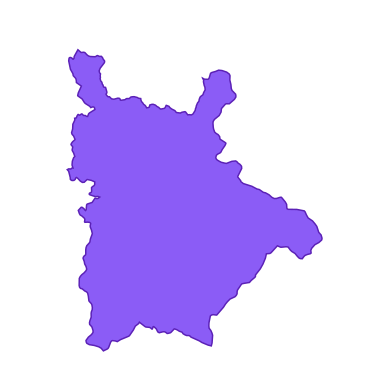 Quang Binh, Hà Giang, Vietnam, rotated 173°
{"feature_id": "81297802B33189914091729", "entity_name": "Quang Binh", "entity_type": "district", "adm_level": 2, "iso_a3": "VNM", "parent_name": "Vietnam", "parent_adm1": "Hà Giang", "projection": "robinson", "projection_center": [104.681, 22.384], "detail": "fine", "context": "isolated", "style": "filled", "palette": "violet", "viewbox_px": 384, "rotation_deg": 173, "n_neighbors": 0, "source": "geoboundaries", "source_scale": "gbopen_adm2", "svg_char_len": 6036}
<svg xmlns="http://www.w3.org/2000/svg" viewBox="0 0 384 384"><g transform="rotate(173 192 192)"><path d="M314.8,54.6L312.5,53.0L307.7,51.6L303.4,49.7L301.2,48.0L299.3,45.1L295.2,46.5L294.4,47.0L293.6,48.0L291.1,52.8L290.0,54.0L289.0,54.2L286.2,53.5L284.4,52.6L280.9,54.2L272.3,56.6L271.5,57.1L267.0,62.2L264.6,65.8L261.0,67.9L260.1,69.2L255.1,64.2L254.2,63.6L250.6,62.8L249.4,61.9L248.6,60.9L248.0,60.9L247.0,63.0L246.7,63.1L246.2,62.9L244.2,60.6L243.0,57.3L241.7,56.3L237.7,56.8L236.3,56.6L235.3,56.0L233.9,54.6L232.8,54.6L230.6,54.9L229.9,55.3L226.3,58.3L224.8,57.7L223.3,56.8L221.5,55.3L219.0,54.1L218.1,52.4L216.3,51.0L214.8,50.2L212.5,49.9L211.8,49.5L210.7,48.1L202.8,43.3L200.5,41.4L194.7,38.1L191.6,36.9L190.5,39.7L189.0,47.3L189.4,49.7L190.2,52.3L191.6,54.7L191.6,57.0L191.1,60.1L188.9,66.7L187.7,67.5L186.0,67.7L182.9,66.9L182.4,66.9L174.8,73.8L172.4,76.7L170.2,78.8L167.3,81.1L162.1,82.8L161.1,83.6L160.1,84.7L159.6,85.8L159.4,87.5L158.8,89.1L154.3,94.3L153.5,94.8L151.3,95.0L146.0,95.2L144.0,97.0L139.9,99.7L139.3,100.5L139.1,101.9L133.6,107.4L130.3,111.9L127.2,117.4L125.7,121.6L122.2,121.5L120.9,122.1L113.8,128.2L111.0,126.5L110.0,126.3L105.4,126.2L104.4,126.0L103.3,125.6L101.5,122.4L100.2,120.8L97.2,118.4L95.2,115.2L93.8,113.4L92.7,112.7L90.7,112.3L88.7,114.4L87.5,115.3L84.8,116.0L82.1,116.3L81.2,116.9L81.2,119.5L80.1,121.5L76.5,124.7L72.2,126.4L69.2,128.5L68.7,129.6L68.6,130.5L69.1,133.6L71.1,136.5L72.3,142.6L73.8,145.4L75.9,148.6L79.9,152.1L81.2,155.3L82.2,158.6L82.9,159.6L90.0,161.9L98.7,163.1L99.7,163.8L99.8,164.9L99.6,168.2L100.6,170.7L103.5,175.3L104.2,176.0L105.8,175.9L108.7,175.3L111.2,175.5L113.4,177.0L115.9,179.9L119.1,182.2L121.3,183.0L124.8,186.2L127.2,187.1L131.9,190.4L140.0,194.1L142.3,196.4L142.3,197.3L144.7,201.2L144.7,201.9L139.8,209.3L139.7,211.4L140.0,212.1L141.1,213.7L142.7,215.0L143.4,216.2L144.8,217.5L148.7,217.6L154.3,216.2L155.8,216.6L159.5,218.0L162.9,220.5L163.9,221.8L164.2,223.3L163.3,225.5L162.0,226.4L159.3,227.4L158.5,228.0L156.9,230.4L153.7,234.0L152.5,235.9L152.5,236.5L153.4,237.4L157.6,240.9L157.8,241.8L157.8,243.6L159.1,245.8L160.9,247.2L162.2,248.7L162.9,251.8L163.0,253.9L162.8,257.7L162.4,259.4L160.9,261.3L155.7,264.6L153.4,267.8L152.6,271.2L148.2,275.1L147.3,275.4L144.2,275.0L138.6,278.8L136.9,280.9L136.7,282.3L136.8,283.8L139.9,287.9L140.4,290.0L140.3,294.0L140.8,298.5L140.1,302.8L140.6,304.5L143.0,306.8L147.4,308.9L150.7,309.7L153.9,308.8L157.8,308.2L159.1,307.6L160.9,303.4L161.7,302.3L162.4,301.9L166.0,302.5L167.6,303.7L167.5,303.1L166.7,302.1L167.2,300.0L166.9,296.3L166.4,294.3L166.5,291.8L168.3,289.3L169.3,287.2L171.7,285.8L172.4,285.2L173.5,283.2L174.1,281.2L175.6,279.8L176.8,277.7L177.4,276.6L177.5,275.7L178.3,274.5L178.9,272.6L181.3,269.6L181.9,269.1L183.3,268.6L185.2,269.1L186.8,269.1L188.6,272.2L189.2,272.6L192.3,272.4L194.0,271.8L197.8,272.8L199.1,274.9L202.1,276.9L203.8,278.6L204.4,279.8L206.8,281.1L207.1,281.1L208.2,279.3L209.1,278.4L212.8,278.1L213.5,278.5L214.8,280.1L216.3,281.1L217.7,282.7L219.9,283.8L221.2,283.9L223.3,283.5L224.0,281.5L225.3,281.1L226.8,281.1L227.5,282.9L228.2,283.9L229.4,285.0L230.1,286.6L231.1,287.9L231.5,289.7L231.5,291.0L233.5,291.5L234.8,292.5L237.9,293.7L240.1,293.8L241.4,293.6L242.8,292.4L245.7,292.7L247.3,291.8L251.3,291.7L251.9,292.0L252.0,292.9L252.5,293.7L252.9,293.9L254.2,294.2L258.2,293.6L260.5,294.3L262.3,296.6L263.5,296.7L264.1,297.1L265.3,299.1L265.4,299.6L264.5,300.7L264.3,301.5L264.9,305.6L265.1,306.4L266.1,306.6L267.0,307.1L267.3,309.1L267.8,309.7L268.1,312.0L269.0,313.3L269.4,315.7L269.0,316.5L268.9,318.8L268.4,320.4L269.2,321.6L269.4,323.5L268.1,326.0L263.4,330.8L262.9,331.7L262.8,332.7L264.1,335.0L264.4,336.2L265.4,337.7L267.5,337.9L269.0,338.9L269.7,338.9L271.1,338.2L271.9,338.1L276.5,338.9L278.1,339.6L279.3,340.7L281.3,343.4L282.3,343.9L285.1,344.0L287.9,347.1L292.4,340.9L292.8,339.2L293.5,338.4L293.9,338.3L294.4,338.7L294.7,339.4L296.0,340.3L297.1,340.3L297.7,339.8L298.4,337.2L297.7,328.6L295.8,324.0L295.7,321.9L293.7,319.1L293.4,318.2L293.3,316.8L293.4,314.7L288.9,310.6L292.8,304.2L293.7,301.7L293.6,301.3L289.7,297.7L287.8,293.7L286.9,292.7L283.0,289.5L282.2,288.1L280.2,288.6L279.1,288.3L278.5,287.4L278.3,285.7L284.1,283.0L285.1,282.2L286.4,279.7L287.4,279.9L288.5,280.9L290.3,281.2L291.7,282.9L292.3,282.9L294.0,282.0L294.4,282.0L295.4,282.8L295.7,282.8L296.7,281.7L297.8,279.7L299.5,279.5L299.4,278.3L299.8,277.3L302.0,273.8L302.8,269.1L304.3,265.5L304.0,263.9L302.7,262.0L301.7,258.5L301.9,258.1L304.4,256.4L305.8,254.9L306.3,253.9L306.2,253.5L305.0,251.6L305.0,250.9L305.8,248.6L305.8,247.7L304.8,245.3L304.0,241.5L305.3,240.5L307.0,237.2L307.8,233.4L307.2,230.3L308.0,230.5L309.5,229.6L311.6,230.0L313.1,229.4L311.9,227.6L311.1,221.3L311.2,219.4L310.4,218.4L309.6,218.0L307.8,217.9L306.4,218.7L305.9,219.8L305.0,220.5L303.9,219.7L301.5,216.4L299.7,214.9L297.8,214.8L294.7,217.1L294.2,217.1L290.5,215.8L287.3,213.9L287.7,211.2L288.5,210.2L290.1,209.5L291.2,208.6L291.5,205.4L291.9,204.1L292.9,203.5L293.8,203.4L294.2,202.8L294.2,202.1L293.6,201.6L288.5,199.2L285.9,199.1L284.2,198.2L285.9,197.1L287.1,197.0L289.1,197.6L292.4,193.8L297.5,192.8L298.2,192.0L299.2,187.4L299.9,186.6L300.8,187.5L301.3,188.7L303.1,190.3L303.9,190.3L307.1,187.6L306.4,184.2L305.7,182.7L304.3,181.7L301.9,178.9L301.7,177.7L302.3,175.5L302.0,175.0L299.2,174.8L297.3,174.3L296.5,173.5L296.4,173.0L297.2,170.8L297.2,169.5L296.4,166.4L296.0,162.8L298.6,157.7L299.3,155.2L299.8,154.3L303.0,151.5L303.9,149.8L304.5,147.6L305.0,143.4L305.4,142.5L306.9,141.6L307.9,140.4L308.2,139.4L307.4,136.1L307.3,133.7L306.2,130.8L305.9,128.2L306.9,126.7L309.1,124.8L311.4,123.4L313.2,121.8L314.4,120.0L315.4,113.0L315.2,111.2L314.4,109.9L312.7,109.2L310.6,106.9L308.8,105.7L308.2,104.8L307.9,104.3L307.6,101.3L307.6,96.6L307.3,95.9L305.5,93.4L305.1,92.1L305.0,89.4L305.4,87.3L306.5,85.3L306.9,83.9L307.3,80.1L309.1,76.5L309.7,74.7L309.7,73.0L308.2,70.9L307.7,69.9L307.1,66.3L307.4,64.6L309.2,62.7L312.5,60.6L315.3,57.6L315.3,56.0L314.8,54.6Z" fill="#8b5cf6" stroke="#5b21b6" stroke-width="1.5"/></g></svg>